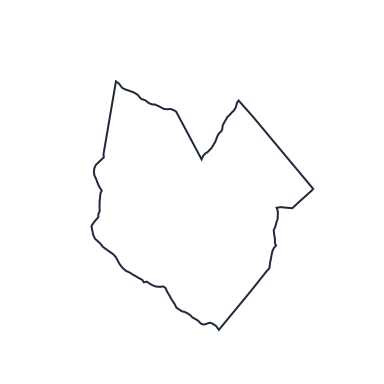 outline of Cardoso Moreira, Rio de Janeiro, Brazil, rotated 151°
{"feature_id": "56859067B73985712158320", "entity_name": "Cardoso Moreira", "entity_type": "district", "adm_level": 2, "iso_a3": "BRA", "parent_name": "Brazil", "parent_adm1": "Rio de Janeiro", "projection": "equal_earth", "projection_center": [-41.484, -21.537], "detail": "fine", "context": "isolated", "style": "outline", "palette": "slate", "viewbox_px": 384, "rotation_deg": 151, "n_neighbors": 0, "source": "geoboundaries", "source_scale": "gbopen_adm2", "svg_char_len": 1923}
<svg xmlns="http://www.w3.org/2000/svg" viewBox="0 0 384 384"><g transform="rotate(151 192 192)"><path d="M161.2,87.9L159.3,90.5L157.8,92.6L155.7,94.9L154.2,96.8L151.8,99.7L149.5,102.0L147.4,103.4L144.5,104.4L144.2,107.4L142.5,110.1L140.9,114.5L139.1,118.9L135.7,121.5L132.9,124.5L130.1,127.0L127.8,130.9L126.3,133.4L125.6,137.2L121.7,135.7L118.8,133.7L112.1,129.2L102.9,131.5L86.6,135.2L84.5,136.1L91.0,170.0L95.0,190.8L101.6,225.2L102.2,228.4L106.9,249.4L109.4,248.2L112.5,244.9L115.7,243.0L119.1,242.1L122.1,241.0L124.7,240.5L126.6,239.2L129.1,237.8L132.8,235.4L135.4,231.9L137.4,230.8L140.2,230.1L143.3,228.1L145.5,226.1L147.5,224.5L150.8,222.6L153.9,220.9L156.7,220.1L159.2,219.3L161.5,219.3L164.0,218.5L166.0,217.4L167.8,215.9L166.9,270.0L168.3,272.4L170.5,275.0L173.7,276.5L176.3,278.2L179.1,282.6L182.1,286.6L184.2,287.8L186.6,290.5L188.3,294.7L191.4,298.3L192.5,303.6L194.6,307.3L200.6,314.1L202.6,316.9L203.3,322.1L204.9,325.6L251.0,268.1L252.3,265.1L255.7,264.2L259.2,263.3L263.0,262.3L265.8,260.2L267.8,257.5L269.3,254.0L269.5,250.4L270.0,246.9L270.5,243.6L270.5,240.4L270.3,236.9L273.0,234.9L275.3,231.4L277.2,228.8L278.9,225.9L280.3,223.5L281.8,220.3L284.9,217.7L286.1,215.4L288.6,214.5L290.9,213.7L293.0,212.8L296.4,211.0L297.5,208.0L298.3,205.2L299.2,202.3L299.5,198.2L298.3,194.7L297.2,191.5L296.6,187.5L295.3,184.5L293.8,181.4L292.7,179.1L291.2,176.1L290.2,172.1L290.2,168.1L290.3,164.4L289.6,159.5L287.9,154.9L285.3,151.4L283.5,147.9L281.5,144.8L280.0,142.1L278.1,139.4L277.9,136.3L275.0,135.5L273.4,132.2L271.7,129.5L269.3,126.7L265.9,124.5L263.1,123.5L261.7,120.9L262.1,116.7L261.9,112.2L262.0,108.1L261.5,102.9L261.7,98.5L260.3,95.6L258.7,92.6L256.7,90.8L254.7,88.0L253.2,85.0L252.4,82.0L250.5,79.0L249.0,76.3L248.1,72.8L246.4,70.6L243.8,69.7L241.1,69.4L239.1,68.6L237.3,65.9L235.9,63.2L235.4,58.4L189.4,76.5L167.4,85.6L164.6,86.7L161.2,87.9Z" fill="none" stroke="#1e293b" stroke-width="2"/></g></svg>